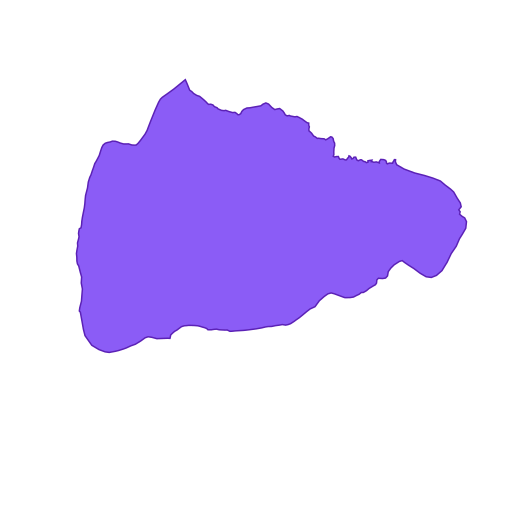 Ban Lung, Rôtânôkiri, Cambodia (Albers equal-area conic projection), rotated 292°
{"feature_id": "14789045B59370140697229", "entity_name": "Ban Lung", "entity_type": "district", "adm_level": 2, "iso_a3": "KHM", "parent_name": "Cambodia", "parent_adm1": "Rôtânôkiri", "projection": "albers", "projection_center": [107.039, 13.672], "detail": "fine", "context": "isolated", "style": "filled", "palette": "violet", "viewbox_px": 512, "rotation_deg": 292, "n_neighbors": 0, "source": "geoboundaries", "source_scale": "gbopen_adm2", "svg_char_len": 4152}
<svg xmlns="http://www.w3.org/2000/svg" viewBox="0 0 512 512"><g transform="rotate(292 256 256)"><path d="M393.0,124.4L389.0,122.2L379.9,117.2L373.2,113.0L368.1,109.7L365.6,108.6L362.1,108.1L353.6,107.8L341.4,107.8L335.4,107.9L331.7,108.0L327.4,107.5L320.4,105.7L316.4,104.5L314.1,103.4L313.3,101.9L312.4,99.2L312.2,95.8L311.3,93.8L310.3,91.3L309.9,88.0L309.9,85.2L309.7,82.7L308.7,79.8L307.1,78.1L305.7,75.9L304.1,74.0L301.7,72.7L298.9,72.4L295.2,72.6L290.6,73.0L287.2,72.7L283.6,72.3L281.4,71.9L276.8,72.2L273.9,72.3L269.3,72.6L266.7,72.4L261.8,72.8L255.9,74.3L251.3,74.9L248.3,75.3L244.8,76.3L240.4,77.7L236.2,78.8L231.3,79.7L226.6,80.6L224.2,81.2L222.9,81.5L219.9,82.5L216.6,83.2L215.1,82.0L213.3,82.3L210.4,83.0L207.6,84.7L205.2,85.1L201.2,85.6L198.4,87.0L196.4,87.4L193.9,87.9L191.0,88.6L187.6,90.4L184.3,91.8L181.8,93.4L180.3,95.4L178.1,97.0L174.7,99.5L171.2,102.2L165.5,104.1L160.4,107.4L153.7,109.5L148.7,111.1L142.0,112.0L138.8,112.8L138.1,114.2L130.8,118.8L123.3,123.5L118.1,127.3L111.7,137.2L110.4,145.5L110.6,151.9L111.6,156.0L113.7,159.3L114.9,161.2L116.9,164.0L120.2,168.0L122.1,170.1L125.9,173.7L127.4,175.4L129.0,177.2L134.1,181.0L138.6,183.8L140.7,186.2L141.6,189.9L142.2,195.0L146.7,205.0L147.4,207.1L150.9,206.5L153.4,207.6L155.7,208.8L157.8,210.5L160.2,211.9L162.6,213.4L164.4,215.6L165.4,217.6L166.5,219.6L167.5,222.2L168.5,225.0L169.5,228.2L169.8,230.2L170.0,232.7L170.3,235.3L170.3,237.5L169.6,239.0L170.4,241.1L170.9,242.3L172.3,244.6L173.4,246.8L173.8,249.4L174.5,251.5L175.7,255.0L176.6,257.1L176.5,258.6L176.4,260.0L177.1,261.6L178.9,265.0L182.5,272.6L185.0,277.2L188.5,283.4L191.5,288.2L193.8,291.4L195.1,293.6L196.5,296.8L198.7,300.1L200.7,303.6L202.3,306.1L203.0,309.3L204.4,311.4L206.2,313.4L209.6,315.8L211.6,317.0L215.1,319.3L223.6,323.9L227.2,326.0L231.1,329.7L238.3,331.5L244.0,334.4L247.8,336.8L249.9,339.5L250.3,342.8L250.6,352.6L250.7,354.1L252.7,358.8L254.5,361.8L257.1,364.0L259.1,365.9L261.6,367.3L262.4,369.2L265.2,371.4L268.3,373.0L270.0,374.3L272.4,376.1L274.1,377.5L276.0,377.9L279.1,377.0L281.2,377.8L282.5,381.8L284.1,384.4L286.8,385.4L291.0,384.5L295.2,385.5L299.6,387.4L304.7,391.0L306.5,393.3L305.7,396.0L304.6,401.0L303.5,407.1L301.5,414.6L300.5,421.5L301.1,423.9L301.8,426.6L305.6,430.6L312.1,433.9L318.8,435.0L321.5,435.5L331.4,436.1L340.0,438.0L348.2,438.2L353.8,439.2L360.3,440.1L366.7,438.3L369.5,435.2L370.0,432.1L371.0,429.1L373.5,428.7L374.8,426.7L378.5,427.8L381.7,425.6L385.2,420.6L389.4,415.3L390.9,411.3L392.6,404.9L394.6,398.9L394.5,390.8L393.8,382.3L392.4,371.9L392.1,360.8L393.3,352.3L395.5,350.0L397.6,349.3L397.2,348.2L395.7,348.1L394.5,347.8L393.2,347.9L392.1,344.8L390.6,343.2L391.0,342.2L392.1,341.7L393.2,340.4L393.2,338.3L392.3,335.5L389.7,334.9L388.5,335.5L388.4,333.6L388.3,332.3L387.0,330.1L387.0,328.7L386.7,327.5L388.3,327.6L387.4,325.9L386.2,324.1L385.0,324.7L383.9,323.4L384.3,321.8L384.0,320.4L384.7,317.8L384.3,316.7L382.6,315.1L382.9,313.4L385.0,311.4L384.3,309.8L382.7,309.4L381.9,308.4L382.9,307.3L383.7,305.8L383.7,304.7L382.4,304.9L381.0,304.3L379.1,303.9L378.5,302.8L378.6,300.2L377.1,297.6L377.7,296.5L379.1,295.1L378.3,293.3L377.2,291.7L377.4,290.3L379.2,290.2L381.7,289.1L385.3,287.9L387.9,287.6L390.1,286.6L391.4,285.1L393.8,283.5L394.7,281.8L394.5,280.5L391.4,278.5L389.8,277.1L390.2,275.3L389.2,272.3L388.6,269.8L388.0,268.8L388.7,266.2L388.8,264.5L390.7,261.5L391.5,259.4L391.9,258.2L393.7,257.4L395.7,257.1L397.0,255.9L399.0,255.1L398.7,253.5L399.6,249.8L400.2,247.7L400.6,243.9L400.7,241.7L399.6,240.0L399.1,237.4L398.7,235.5L398.8,234.2L397.6,232.4L397.8,230.3L399.2,228.6L400.5,226.6L401.6,222.7L400.1,220.3L398.8,218.6L399.6,215.1L400.4,213.3L401.6,210.7L401.6,207.8L399.3,205.5L397.1,204.3L394.7,200.5L392.9,197.6L391.0,194.6L389.8,192.1L387.1,189.6L384.8,188.7L382.2,188.5L380.6,187.3L380.2,186.3L380.9,184.7L381.3,182.7L380.2,180.5L379.8,176.7L379.7,173.3L378.8,172.0L378.1,169.4L378.2,165.7L378.9,164.3L378.9,161.5L379.9,159.5L379.8,157.2L378.8,155.2L379.3,153.7L380.0,152.3L381.1,149.5L381.8,147.4L382.9,143.9L382.7,140.9L383.3,137.3L384.4,134.8L384.9,132.4L389.9,127.6L393.0,124.4Z" fill="#8b5cf6" stroke="#5b21b6" stroke-width="1.5"/></g></svg>